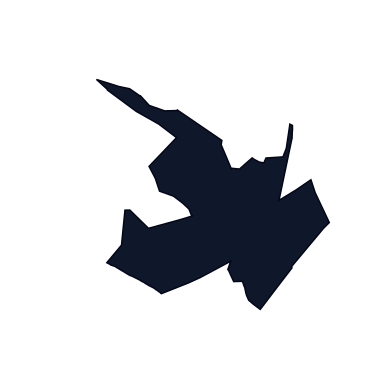 outline of Marondera Urban, Mashonaland East, Zimbabwe, rotated 117°
{"feature_id": "62879985B19801447956475", "entity_name": "Marondera Urban", "entity_type": "district", "adm_level": 2, "iso_a3": "ZWE", "parent_name": "Zimbabwe", "parent_adm1": "Mashonaland East", "projection": "equal_earth", "projection_center": [31.561, -18.213], "detail": "fine", "context": "isolated", "style": "filled", "palette": "ink", "viewbox_px": 384, "rotation_deg": 117, "n_neighbors": 0, "source": "geoboundaries", "source_scale": "gbopen_adm2", "svg_char_len": 1747}
<svg xmlns="http://www.w3.org/2000/svg" viewBox="0 0 384 384"><g transform="rotate(117 192 192)"><path d="M98.8,127.2L91.9,130.4L91.5,130.4L87.1,132.7L87.1,135.6L110.6,127.7L110.6,127.8L119.4,126.9L128.1,141.5L133.5,141.2L134.8,145.9L134.7,151.5L134.3,153.9L149.4,159.9L149.9,159.9L152.9,167.6L153.5,167.6L152.9,168.2L136.9,187.2L136.5,187.5L132.5,188.8L125.6,242.3L126.2,242.3L132.1,253.1L134.3,269.4L129.5,282.1L130.1,281.4L128.3,294.4L131.2,305.1L135.1,328.2L138.5,315.9L138.7,315.0L137.8,315.7L139.6,313.6L145.5,278.2L146.6,252.5L150.6,230.5L160.0,233.3L188.7,241.9L196.4,231.0L206.0,221.3L204.1,206.6L206.1,195.6L208.7,186.5L209.0,186.5L213.1,181.8L212.7,180.3L223.4,191.5L244.1,214.3L236.3,239.2L238.6,243.5L271.3,230.7L293.7,235.8L293.7,230.9L293.9,230.9L293.6,229.8L293.6,228.5L293.3,227.5L293.3,226.9L294.5,210.6L294.5,210.0L294.5,209.0L294.3,207.7L294.2,207.1L294.2,206.1L294.2,204.8L294.2,203.8L294.2,202.5L294.2,201.5L294.2,199.9L294.2,198.6L294.2,197.7L294.5,196.7L294.4,195.4L294.4,194.1L294.4,193.1L294.7,192.1L294.7,190.8L294.7,189.9L294.9,188.9L294.9,186.3L294.9,185.3L294.9,182.7L294.9,182.1L295.1,181.7L295.1,180.4L295.4,179.8L295.4,179.5L295.4,179.1L295.4,178.5L295.6,178.2L295.6,176.9L295.9,176.5L295.9,175.9L295.9,175.6L295.9,174.9L296.1,174.6L296.1,174.3L296.1,173.9L296.1,173.6L296.4,173.6L296.4,173.3L296.9,173.5L275.0,154.2L264.6,145.9L236.1,126.1L244.7,124.9L244.9,124.7L245.0,124.5L244.7,124.5L252.9,114.2L248.7,106.5L252.5,102.6L252.4,102.3L257.7,98.0L259.5,96.3L262.7,92.3L264.2,86.1L265.6,77.9L238.6,73.0L228.9,71.2L215.1,68.6L214.4,68.5L212.7,69.3L164.9,58.4L156.9,55.8L136.7,81.9L127.1,91.6L143.2,100.4L158.8,110.0L159.9,110.7L101.3,126.6L98.8,127.2Z" fill="#0f172a" stroke="#020617" stroke-width="1.5"/></g></svg>